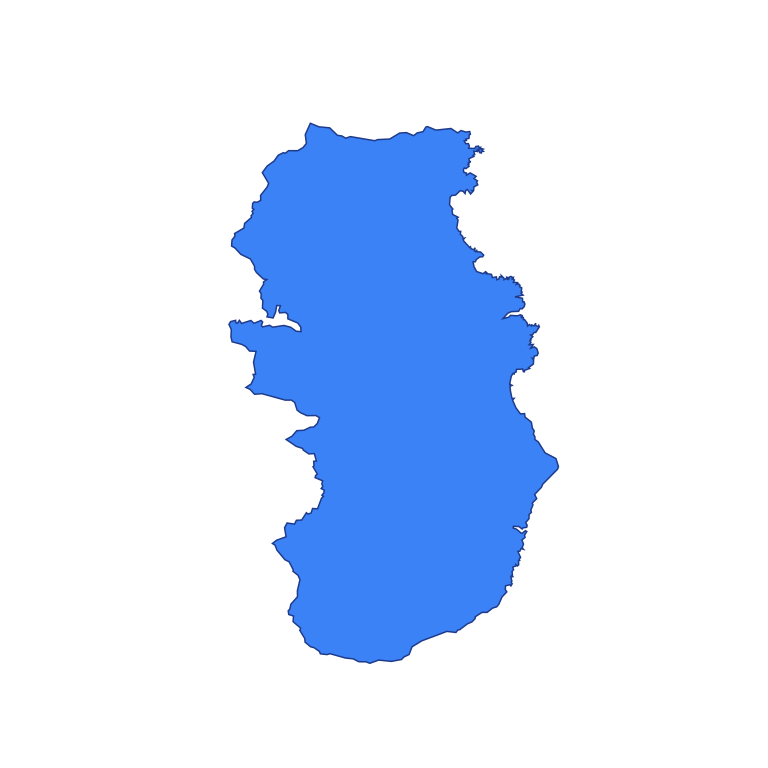 the district of Santiago Maior, Santa Cruz, Cabo Verde, rotated 40°
{"feature_id": "66160863B62302711188639", "entity_name": "Santiago Maior", "entity_type": "district", "adm_level": 2, "iso_a3": "CPV", "parent_name": "Cabo Verde", "parent_adm1": "Santa Cruz", "projection": "albers", "projection_center": [-23.551, 15.111], "detail": "fine", "context": "isolated", "style": "filled", "palette": "blue", "viewbox_px": 768, "rotation_deg": 40, "n_neighbors": 0, "source": "geoboundaries", "source_scale": "gbopen_adm2", "svg_char_len": 6170}
<svg xmlns="http://www.w3.org/2000/svg" viewBox="0 0 768 768"><g transform="rotate(40 384 384)"><path d="M171.9,336.5L174.0,337.5L174.1,340.6L175.4,341.6L174.0,350.5L176.4,354.6L172.8,364.8L174.8,366.5L175.0,371.4L178.6,376.3L182.3,375.6L191.0,376.7L201.3,374.1L209.2,377.0L211.0,379.3L214.7,380.6L224.1,381.1L227.0,379.3L226.1,383.3L227.6,384.9L228.9,392.9L232.0,393.9L234.6,397.4L237.5,397.9L242.1,404.0L247.4,403.7L250.1,405.2L251.2,407.8L256.6,404.7L254.8,398.7L251.4,392.8L254.3,390.6L256.2,395.4L258.4,396.6L262.5,392.5L265.6,392.5L268.5,395.9L278.7,392.7L283.6,393.9L286.8,397.2L282.8,400.0L276.0,400.5L269.7,403.5L262.2,412.0L258.6,412.6L254.2,418.4L252.4,417.8L251.2,414.5L249.0,414.3L245.4,421.1L241.2,420.9L236.0,429.1L232.3,428.2L232.7,431.5L231.2,432.3L229.4,430.6L226.4,434.8L226.9,438.0L232.0,440.4L236.4,446.2L240.5,449.3L249.5,445.1L254.0,444.2L259.8,445.2L265.0,441.2L270.0,451.1L279.4,459.1L277.6,460.8L280.3,462.3L282.2,469.4L280.4,475.4L285.0,474.2L291.4,475.1L296.7,469.9L318.8,459.8L323.3,455.9L327.4,455.5L334.3,459.9L338.4,459.7L345.3,457.8L352.0,452.0L356.2,451.2L358.3,457.1L357.8,462.1L355.2,464.6L352.4,470.9L347.2,475.8L347.1,483.1L344.7,489.4L356.8,488.2L363.0,485.7L364.7,486.5L371.5,485.8L375.3,482.1L381.7,486.4L379.8,488.4L383.0,491.7L382.8,493.0L390.9,495.9L390.4,498.0L391.4,500.0L399.3,497.6L400.5,500.4L403.0,501.9L403.1,504.5L406.3,503.7L407.9,506.0L407.9,509.1L409.8,509.0L409.5,511.6L413.3,522.3L409.3,525.3L411.1,529.7L409.4,532.4L407.3,532.5L408.4,541.1L404.5,544.7L405.5,548.8L399.1,552.8L400.2,558.0L407.2,564.0L402.2,572.5L401.0,577.9L404.1,577.5L408.9,580.1L421.0,582.3L425.6,581.2L434.0,584.7L434.7,586.0L441.1,585.8L445.4,587.9L450.5,598.0L454.5,602.6L454.2,612.5L456.5,616.9L456.4,619.3L459.2,621.8L463.8,619.9L467.1,624.5L477.1,624.6L477.8,626.8L486.9,629.9L489.5,632.5L496.6,632.5L500.0,630.9L506.5,630.4L508.7,631.6L514.3,627.9L516.0,625.3L530.6,618.7L537.0,614.4L543.3,612.9L548.6,608.5L552.7,607.0L557.4,598.9L567.9,591.8L574.5,583.8L574.7,580.4L577.1,575.1L574.4,567.3L578.0,556.5L591.2,533.1L598.8,528.1L598.7,524.8L599.9,523.7L602.0,514.3L604.3,509.7L604.6,505.1L603.5,503.7L605.9,495.9L609.8,492.7L611.2,485.9L613.6,482.2L613.5,478.9L611.3,471.3L611.7,464.3L609.1,463.5L606.8,460.5L609.4,456.9L611.0,457.1L610.6,454.6L608.8,454.2L608.7,452.8L605.2,450.3L606.5,448.8L604.8,448.6L605.2,447.8L602.6,445.3L602.6,443.0L600.3,441.5L602.1,438.5L601.2,437.6L603.2,437.5L603.4,436.0L600.7,432.9L601.3,431.8L600.1,431.3L600.1,429.1L594.2,426.2L595.5,424.8L594.8,422.0L597.0,421.0L595.1,420.7L593.8,417.0L589.9,414.8L590.7,410.9L588.8,409.4L588.2,405.2L586.6,405.5L585.8,409.5L584.7,410.1L579.0,410.0L575.5,411.3L574.6,409.9L578.9,406.5L583.1,406.3L583.0,404.8L585.4,402.1L584.5,400.2L581.6,399.1L581.7,394.0L579.0,390.7L579.4,387.6L577.5,386.1L575.8,380.8L574.1,379.9L574.7,373.7L570.4,371.8L571.0,361.9L570.0,358.8L571.7,337.7L570.8,335.2L563.7,330.6L551.7,333.2L539.3,329.2L535.2,329.5L533.7,327.5L530.6,326.3L529.3,323.4L526.2,322.5L521.4,318.5L513.3,318.7L510.7,316.3L507.8,319.2L500.5,317.5L492.8,313.7L492.9,311.4L491.3,312.8L485.4,308.1L482.1,304.9L482.8,302.8L480.0,304.0L482.0,303.0L480.1,302.9L476.6,296.4L476.0,293.3L477.3,292.7L476.5,291.5L477.5,289.9L476.0,287.7L480.6,283.4L482.9,285.0L483.7,284.3L482.8,283.3L485.6,278.5L484.2,278.5L485.6,272.7L483.0,269.2L481.0,269.0L482.3,268.1L481.2,266.0L483.0,263.7L482.2,261.1L478.2,258.6L475.2,259.0L473.4,262.3L472.9,257.8L469.9,260.6L469.8,257.6L468.0,257.2L468.3,255.6L467.3,255.5L467.6,252.1L464.9,252.2L466.1,250.7L465.8,248.0L467.1,247.0L466.3,240.4L465.0,239.7L465.3,240.7L462.6,241.8L461.1,239.9L461.7,242.9L459.2,243.8L459.7,244.8L457.1,245.0L456.7,247.3L454.5,245.3L450.2,244.3L449.4,245.1L448.0,243.5L446.9,244.5L446.2,243.2L445.8,244.0L445.3,242.9L444.0,243.3L442.4,246.0L436.8,250.1L436.6,252.7L433.1,257.4L433.3,250.2L435.1,246.7L440.4,241.8L439.8,238.7L441.5,237.7L441.7,234.8L440.5,232.1L438.4,231.0L437.5,231.9L435.0,229.3L428.3,233.1L433.4,226.5L430.9,226.5L430.7,224.8L429.8,225.1L427.7,221.8L425.3,222.3L424.8,221.0L422.7,220.8L421.4,222.6L421.1,220.5L417.7,223.0L417.1,220.5L415.7,220.8L414.8,219.4L414.5,220.9L413.8,219.7L412.1,220.0L411.3,221.6L412.5,223.6L410.9,222.6L409.4,223.3L411.2,224.4L409.6,224.8L408.9,227.0L407.7,225.8L404.0,225.5L405.2,226.6L403.6,227.6L404.5,229.9L403.5,231.6L401.2,229.7L398.6,232.8L395.8,230.9L391.3,233.8L391.3,232.7L389.6,232.7L389.0,235.8L382.7,238.3L377.5,236.3L373.7,233.1L375.4,231.6L374.7,229.3L375.7,225.1L377.8,223.1L377.5,221.2L373.2,220.8L370.4,222.8L369.2,222.1L369.1,223.7L368.0,223.9L366.2,221.1L366.4,223.4L363.6,224.5L362.1,223.3L361.9,224.4L353.1,223.2L351.9,222.4L351.9,220.5L350.9,221.8L349.4,220.4L346.2,220.2L344.7,217.8L343.3,218.8L339.5,217.8L335.3,210.8L333.1,210.2L333.6,208.6L327.7,210.0L324.5,207.3L324.3,205.7L319.0,204.6L314.7,198.6L314.6,196.2L317.4,193.3L318.1,187.0L320.7,185.5L323.7,186.0L322.2,183.1L322.9,181.4L328.2,182.8L328.3,179.2L327.1,179.2L328.3,178.2L326.2,175.2L327.8,171.2L325.1,169.8L325.0,168.3L320.9,168.8L321.1,165.7L314.3,166.9L313.0,171.0L311.6,169.4L309.0,170.5L307.1,168.8L306.6,166.9L308.3,166.3L309.2,162.5L307.1,161.8L307.7,160.9L306.5,160.3L307.4,158.8L307.1,158.1L306.4,158.6L304.2,156.8L306.6,151.8L305.3,151.5L306.0,149.9L303.2,148.0L305.6,146.1L304.9,144.8L306.1,145.4L305.8,143.5L308.5,145.3L310.0,144.5L309.3,143.6L310.6,141.9L308.3,141.9L309.0,140.3L306.5,141.3L306.2,142.6L305.8,140.7L304.8,141.8L303.5,141.0L301.7,143.0L302.1,145.3L297.3,149.0L296.4,146.8L294.1,145.6L292.1,147.4L289.1,146.2L290.6,144.5L289.2,143.9L291.2,141.2L289.1,138.4L289.7,137.3L287.4,135.5L284.9,138.3L280.1,140.3L279.0,144.3L271.1,145.2L260.6,156.1L251.8,158.9L250.9,160.4L251.7,165.6L248.0,170.4L247.1,174.7L239.6,177.0L234.7,181.7L230.9,192.7L222.1,200.8L220.5,203.6L199.2,216.1L196.7,220.3L192.2,221.1L188.6,223.4L177.7,222.7L168.9,228.8L160.0,231.6L163.4,243.6L169.9,249.6L170.0,254.9L167.9,260.8L160.9,266.6L160.1,270.5L158.1,271.7L155.9,276.7L156.5,283.8L154.4,292.2L154.9,300.3L166.6,304.4L167.9,308.3L168.2,318.8L171.5,322.6L170.1,326.2L167.5,328.0L167.3,330.0L170.1,334.0L172.0,333.8L171.9,336.5Z" fill="#3b82f6" stroke="#1e3a8a" stroke-width="1.5"/></g></svg>